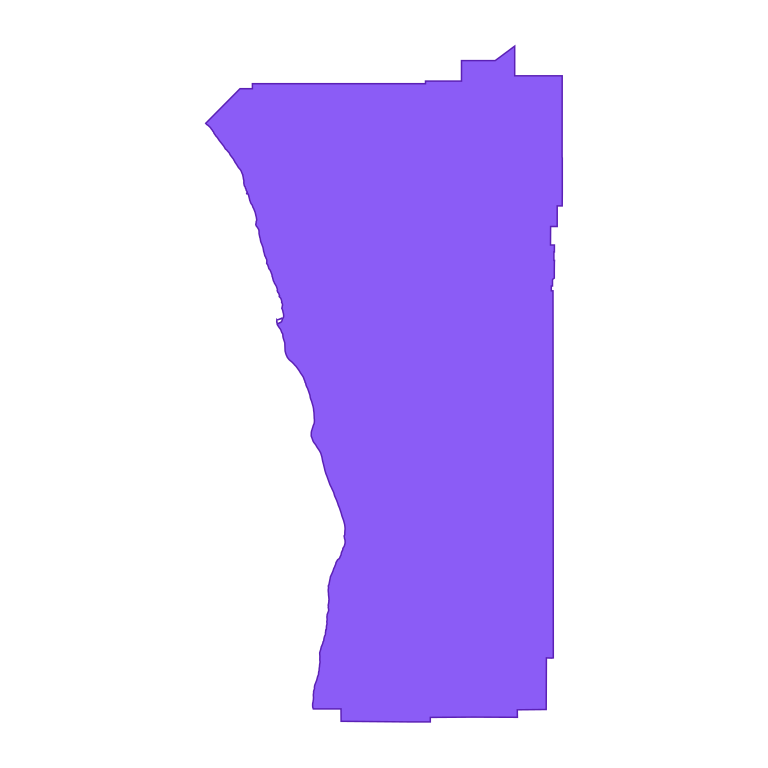 Irwin, Western Australia, Australia (Mercator projection)
{"feature_id": "25037944B44454952814800", "entity_name": "Irwin", "entity_type": "district", "adm_level": 2, "iso_a3": "AUS", "parent_name": "Australia", "parent_adm1": "Western Australia", "projection": "mercator", "projection_center": [114.943, -29.341], "detail": "fine", "context": "isolated", "style": "filled", "palette": "violet", "viewbox_px": 768, "rotation_deg": 0, "n_neighbors": 0, "source": "geoboundaries", "source_scale": "gbopen_adm2", "svg_char_len": 6073}
<svg xmlns="http://www.w3.org/2000/svg" viewBox="0 0 768 768"><path d="M546.2,709.5L546.4,657.9L551.5,658.1L553.3,657.9L553.1,405.9L553.0,290.8L551.3,290.8L551.3,286.0L552.5,286.0L552.5,279.8L552.7,279.3L554.3,278.1L554.3,269.8L554.4,261.6L554.5,261.2L554.5,260.4L553.9,260.4L553.9,251.9L554.4,251.9L554.4,245.0L550.5,245.0L550.6,226.5L557.2,226.5L557.2,205.9L562.2,205.9L562.3,193.0L562.3,157.8L562.1,157.3L562.2,75.8L514.7,75.8L514.7,46.1L495.2,60.6L461.5,60.6L461.5,81.1L425.5,81.1L425.5,83.7L252.4,83.7L252.4,88.7L240.0,88.7L205.7,123.3L206.6,124.4L208.1,125.4L209.6,126.8L210.4,127.6L211.4,129.1L212.2,130.0L212.7,131.0L213.4,131.7L213.8,132.6L214.0,133.3L215.2,134.9L215.6,135.7L217.3,137.5L219.2,140.4L223.8,146.2L225.4,149.0L226.5,149.8L227.5,151.0L228.3,151.9L229.1,152.7L230.3,155.1L233.4,159.1L233.8,159.8L234.0,160.4L234.5,161.0L234.7,161.7L236.8,164.8L238.2,167.1L238.4,167.5L240.2,169.5L240.9,170.5L241.3,171.4L242.2,173.7L242.4,174.1L242.7,174.4L242.8,174.8L242.7,175.0L242.9,175.7L242.9,176.0L243.1,176.6L243.5,179.3L243.9,180.4L243.8,180.9L243.9,181.9L243.8,182.6L243.9,183.6L244.3,185.6L244.5,186.1L245.0,186.6L245.2,187.0L245.4,188.1L245.9,188.8L246.0,189.5L246.2,189.9L246.2,190.4L247.1,191.7L247.3,192.2L247.3,192.6L247.2,192.7L246.9,192.8L246.7,193.0L246.6,193.3L246.7,193.5L246.9,193.9L247.1,193.9L247.3,193.3L247.5,193.3L248.4,194.7L249.5,199.0L249.7,200.2L250.1,201.1L250.4,201.9L250.6,202.7L251.2,203.8L252.0,204.8L252.4,205.6L253.0,207.5L253.6,208.4L255.1,212.2L255.4,213.3L255.8,215.2L256.3,217.1L256.7,219.8L256.6,220.6L256.2,221.5L256.1,222.2L256.2,222.8L256.1,223.1L255.8,224.1L255.8,224.6L256.0,225.1L256.1,225.7L257.4,227.4L258.6,229.4L258.8,229.9L259.0,230.9L259.0,231.5L259.1,232.0L259.0,233.0L259.1,233.9L259.8,237.3L260.1,238.0L260.6,241.0L261.0,242.4L261.6,243.7L263.0,247.5L263.5,250.3L263.6,251.2L264.2,253.0L264.8,255.8L265.7,257.1L265.7,257.7L266.4,258.8L266.7,259.7L266.8,260.3L266.8,261.4L266.8,262.5L266.6,263.2L266.7,263.4L266.8,263.8L267.5,264.4L267.8,265.0L267.9,265.8L268.3,266.4L268.4,266.7L268.6,267.9L268.9,268.6L269.2,269.1L270.1,270.1L270.9,271.9L271.6,273.9L271.8,274.2L272.1,275.2L272.0,276.0L272.4,276.9L273.4,280.8L274.3,282.5L274.5,283.3L275.2,284.3L276.3,286.2L277.3,289.0L277.4,289.6L277.2,290.5L277.2,290.8L277.6,291.6L277.9,292.5L278.5,292.9L278.6,293.1L279.5,295.5L279.5,295.8L279.2,296.1L279.2,296.5L279.5,297.0L279.8,297.2L280.3,297.7L280.8,298.4L281.4,300.0L281.7,301.3L281.8,301.6L281.6,302.1L281.6,302.4L281.7,302.7L282.1,303.1L282.4,303.9L282.5,304.7L282.5,305.2L282.5,305.5L282.3,305.8L282.2,306.3L282.2,306.8L282.2,307.2L281.8,308.0L281.8,308.4L281.9,308.6L282.2,309.0L282.3,309.4L282.8,310.8L283.0,312.1L283.5,313.8L283.7,316.1L283.4,317.6L282.7,318.4L281.9,318.1L277.8,319.8L279.6,319.2L279.9,319.2L280.0,319.0L281.9,318.4L282.1,318.4L282.1,318.9L282.2,319.3L282.4,319.6L281.9,320.8L281.5,321.8L281.3,321.9L280.5,322.3L279.7,322.9L279.3,322.8L278.4,323.5L278.0,323.6L277.4,323.5L276.9,322.4L277.0,322.1L276.9,321.8L277.0,319.7L276.9,319.6L276.7,321.7L276.8,322.4L277.2,323.4L277.1,323.7L277.2,324.0L277.2,324.4L277.4,324.8L279.0,327.3L279.8,328.4L280.1,328.6L280.5,329.4L281.0,330.3L281.3,331.3L281.9,332.8L282.6,333.6L282.7,334.1L282.8,334.6L282.9,336.3L283.1,337.5L283.4,338.6L284.3,341.3L284.8,342.9L285.1,351.0L285.8,353.7L286.4,355.3L286.9,356.3L287.3,357.3L288.9,359.4L289.6,360.1L291.9,362.0L293.8,363.9L294.4,364.7L296.1,366.4L299.2,370.7L300.6,373.1L302.5,375.8L303.4,377.3L303.8,378.4L304.2,379.6L304.9,381.2L305.0,382.0L305.1,382.4L305.3,382.7L305.7,383.3L306.0,385.0L306.7,386.8L307.6,388.4L309.6,394.2L310.0,395.5L310.2,397.2L310.6,398.8L311.6,401.3L313.1,406.5L313.6,409.1L313.6,410.1L314.0,412.7L314.1,415.3L314.2,417.0L314.2,418.1L314.4,419.5L314.4,421.5L314.2,423.4L313.3,425.4L312.6,427.8L312.4,428.3L312.1,429.5L311.7,430.5L311.5,431.3L311.3,432.3L311.2,435.7L311.3,436.4L311.8,437.5L313.1,441.2L313.5,441.9L314.4,443.2L315.3,444.3L315.7,444.8L316.8,446.8L318.3,449.0L319.4,450.6L320.7,453.0L321.9,457.0L322.6,460.9L323.4,463.9L324.0,466.4L324.3,467.6L324.9,470.3L325.9,473.7L326.9,476.1L329.9,484.5L330.4,485.6L331.3,487.3L332.0,488.9L333.4,491.8L333.8,492.8L334.6,495.8L336.5,500.0L337.6,502.9L338.3,505.2L339.5,508.0L341.2,513.1L342.0,516.1L343.1,519.1L343.7,520.8L344.6,524.3L344.9,526.3L345.1,528.7L345.0,530.0L344.9,530.7L344.9,531.2L344.8,532.5L344.8,534.2L344.7,535.0L344.2,535.7L344.1,536.1L344.4,537.3L344.4,538.0L344.7,539.0L345.0,540.0L345.1,541.9L345.1,543.0L344.6,545.0L344.2,546.3L342.9,548.3L342.7,549.9L341.5,552.3L341.0,555.0L340.7,555.6L340.2,556.5L339.7,557.9L339.1,558.7L337.6,559.8L336.0,562.5L335.8,563.8L335.3,565.2L334.8,566.2L334.6,567.0L333.8,568.4L333.3,570.1L332.9,571.3L331.9,573.6L330.4,576.8L330.2,578.3L329.8,580.1L329.1,583.8L328.9,584.8L328.5,585.3L328.3,586.0L328.5,587.8L328.2,589.9L328.3,591.8L328.5,593.4L328.5,594.8L328.8,597.4L328.9,597.9L328.9,598.9L329.0,599.4L329.0,600.0L328.8,600.5L328.9,601.3L328.7,602.2L328.7,602.9L328.5,603.7L328.3,604.6L328.2,605.0L328.2,605.5L328.4,606.0L328.4,606.3L328.3,606.7L328.2,607.2L328.6,609.4L328.6,610.8L327.4,613.9L327.1,614.8L327.1,616.0L326.9,616.8L327.1,619.2L327.1,619.9L326.8,621.6L327.0,623.7L326.9,624.3L326.6,625.5L326.4,626.2L326.5,627.3L326.3,628.0L326.4,628.6L326.3,629.5L326.0,629.5L325.8,629.8L325.7,630.3L325.7,630.9L325.6,631.9L325.4,632.8L325.5,633.7L325.4,634.4L325.2,635.1L324.6,636.1L324.3,637.2L324.0,638.4L323.7,640.8L323.1,641.7L322.8,643.2L322.4,644.4L322.0,645.2L321.7,646.0L321.2,647.0L321.1,647.9L320.9,648.4L320.8,649.2L320.1,651.4L319.7,652.7L319.7,653.7L319.9,656.2L319.8,660.2L320.0,661.3L320.0,662.5L319.6,664.7L319.5,666.6L319.2,668.4L319.1,670.7L318.7,671.8L318.6,672.5L318.5,674.5L317.5,676.9L317.3,677.9L316.7,680.2L314.7,685.3L314.4,687.3L314.5,688.5L314.4,688.9L313.6,691.2L313.6,691.8L313.6,692.8L313.3,694.9L313.5,697.5L313.4,699.4L313.0,702.2L312.7,703.2L312.6,705.0L312.7,707.0L313.3,708.9L341.0,708.9L341.1,721.3L408.4,721.9L430.3,721.9L430.3,717.4L473.1,717.1L517.4,717.3L517.3,709.8L546.2,709.5Z" fill="#8b5cf6" stroke="#5b21b6" stroke-width="1.5"/></svg>